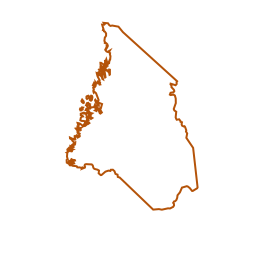 an SVG outline of Maine, rotated 135°
{"feature_id": "USA-3561", "entity_name": "Maine", "entity_type": "State", "adm_level": 1, "iso_a3": "USA", "parent_name": "United States of America", "parent_adm1": "", "projection": "natural_earth1", "projection_center": [-68.954, 45.272], "detail": "fine", "context": "isolated", "style": "outline", "palette": "amber", "viewbox_px": 256, "rotation_deg": 135, "n_neighbors": 0, "source": "natural_earth", "source_scale": "10m", "svg_char_len": 6034}
<svg xmlns="http://www.w3.org/2000/svg" viewBox="0 0 256 256"><g transform="rotate(135 128 128)"><path d="M60.2,126.3L61.2,126.1L62.5,124.7L64.1,124.6L66.5,129.2L67.1,128.8L67.3,127.2L68.4,126.1L68.5,122.6L69.2,121.3L70.5,121.1L73.0,122.8L74.8,122.0L74.6,121.2L72.2,119.4L71.9,117.8L73.4,115.1L76.6,111.8L82.2,109.1L82.8,107.7L82.4,105.4L86.8,101.8L87.4,100.5L87.7,99.4L85.7,98.0L86.0,95.8L86.5,95.2L85.8,93.9L87.4,92.8L88.1,91.4L87.5,89.6L86.8,89.3L86.9,88.4L88.4,85.2L89.5,84.5L90.0,82.3L93.7,79.8L96.0,67.9L120.8,36.8L121.7,36.5L126.7,37.7L127.2,38.2L126.8,41.9L127.1,44.4L127.6,45.3L132.0,47.7L136.7,45.8L140.6,45.4L142.5,43.9L144.7,42.9L146.4,42.9L147.4,43.5L149.0,43.1L149.1,42.0L150.2,40.7L151.8,40.3L155.2,41.4L156.5,42.9L161.8,46.3L163.5,48.8L167.9,52.5L168.9,98.9L169.8,100.6L168.4,102.4L169.3,104.4L168.1,107.0L168.2,109.2L169.7,110.6L170.8,110.1L172.0,111.7L174.8,113.1L180.0,113.5L180.6,114.0L180.8,116.7L178.6,118.4L179.0,120.0L180.7,122.9L180.6,124.4L179.4,126.4L179.4,127.9L183.2,132.1L184.4,132.6L185.6,131.9L185.8,130.9L186.5,130.5L189.1,131.6L188.0,131.9L188.2,132.5L189.3,132.6L189.9,134.2L191.2,135.4L191.7,136.1L191.3,136.8L191.5,137.5L193.7,140.2L193.0,141.9L192.3,142.2L191.1,141.2L190.8,142.2L191.3,142.6L191.0,143.5L190.5,143.6L188.5,142.5L188.3,143.0L189.7,144.6L190.2,146.8L190.4,144.8L191.7,145.3L191.5,145.0L191.9,144.8L191.5,143.9L192.1,143.7L192.9,146.5L193.6,146.0L193.1,143.3L194.6,145.0L195.3,145.1L195.8,146.8L194.0,148.8L192.6,148.8L191.4,150.9L188.4,153.4L188.6,153.9L186.4,153.4L186.6,154.5L185.8,154.5L184.3,153.4L184.8,152.3L184.7,151.6L184.1,151.2L183.2,151.7L183.6,151.9L183.2,152.2L182.0,151.7L182.8,153.4L182.5,154.2L183.0,154.7L181.6,156.0L180.7,153.3L180.0,153.1L180.2,155.0L180.7,155.4L180.1,155.6L178.4,155.4L178.4,154.4L177.5,154.8L177.3,153.9L176.8,154.0L175.5,155.1L176.4,155.4L176.3,158.4L175.2,158.8L174.0,158.7L173.8,157.3L173.3,157.2L171.5,160.0L171.1,159.9L170.3,158.4L170.5,156.0L169.1,158.8L168.7,158.3L169.2,155.7L168.4,156.8L167.7,156.5L167.1,157.8L166.2,158.2L167.1,160.1L166.6,160.9L165.7,160.6L165.3,164.3L164.7,163.7L164.6,162.6L165.3,160.6L164.4,161.3L164.2,163.8L163.3,163.1L163.1,160.0L162.8,160.0L162.4,161.4L161.1,161.3L162.6,162.3L162.9,164.4L162.6,164.9L161.6,164.4L160.1,167.2L159.5,166.3L159.9,165.2L159.1,165.5L158.8,164.8L158.4,160.8L157.1,160.0L156.7,160.9L156.8,161.6L156.0,161.7L155.4,158.9L154.7,161.4L153.6,160.3L153.5,159.1L151.8,158.8L151.7,159.6L153.1,160.6L152.6,161.4L153.0,162.0L150.3,161.4L149.3,163.2L149.4,163.7L148.5,164.0L147.9,163.5L147.8,160.6L146.2,160.3L147.2,163.4L146.7,164.6L146.2,164.7L146.0,162.8L144.6,164.0L143.0,163.7L144.1,165.6L143.7,168.1L144.7,168.6L144.8,169.2L144.5,169.8L144.0,169.5L145.1,170.6L144.1,171.0L141.1,168.5L139.4,168.6L137.8,167.2L137.0,166.9L134.9,167.8L135.4,165.5L135.9,165.2L136.8,165.7L137.1,165.1L136.7,164.3L137.5,163.6L138.9,163.8L138.3,162.3L136.7,163.2L135.7,164.5L135.0,164.1L137.5,158.4L137.3,157.7L135.5,157.5L134.6,160.9L135.3,161.1L134.1,161.9L133.7,161.8L134.0,161.1L133.5,161.0L129.4,163.3L131.0,167.0L130.7,167.7L129.0,168.6L126.0,175.2L126.1,177.3L127.2,177.2L126.8,178.1L125.9,179.1L125.0,179.3L124.2,181.0L123.3,180.7L123.1,181.3L122.6,181.3L122.2,182.2L122.6,183.0L120.2,183.9L120.3,182.8L121.6,180.6L121.0,180.7L118.6,183.4L118.9,181.8L116.7,182.1L117.4,180.6L116.7,180.3L117.4,178.8L116.8,178.4L116.4,179.4L115.6,179.9L115.8,180.9L114.3,181.8L113.0,186.0L111.9,187.9L111.0,185.3L110.7,187.9L110.0,186.5L110.5,184.3L110.1,183.4L111.4,180.8L111.2,180.1L109.5,183.1L109.2,185.9L109.8,187.7L109.2,189.0L109.2,187.3L108.2,187.8L106.7,186.3L107.4,185.3L107.4,184.1L108.2,184.4L107.1,182.8L108.5,179.9L108.0,179.8L103.7,185.7L104.6,186.4L104.1,188.8L104.9,187.5L105.5,187.6L104.6,190.4L103.7,191.1L102.1,181.7L102.3,180.4L103.4,178.7L103.0,178.6L99.6,182.0L100.0,182.7L101.3,182.1L101.7,182.6L103.0,190.9L102.6,192.2L101.4,193.6L101.0,193.2L100.4,190.6L101.0,188.6L100.3,187.4L100.5,186.6L99.7,186.4L98.9,187.0L99.8,188.0L99.6,189.3L98.8,189.9L98.7,189.3L96.2,192.5L98.2,188.2L98.0,187.3L96.6,189.4L95.9,191.4L94.8,191.9L97.3,187.3L95.0,188.2L96.2,186.7L94.0,188.4L92.1,189.1L89.6,191.2L88.7,192.9L87.7,193.6L88.0,195.1L86.1,195.6L88.7,196.3L89.1,197.4L88.8,199.4L87.0,200.0L87.3,199.4L86.6,199.6L85.4,200.8L85.3,199.9L84.2,200.3L83.4,201.8L83.4,203.4L83.6,204.3L84.9,204.0L83.4,205.3L83.1,206.3L80.5,208.3L78.3,208.7L76.6,210.4L76.2,212.5L76.6,213.4L75.7,214.8L76.2,215.1L75.2,215.7L73.2,219.4L71.8,217.9L71.1,217.9L70.8,219.5L68.1,216.2L68.5,213.9L68.2,212.6L66.7,211.6L63.1,206.4L63.8,199.4L60.2,126.3ZM154.0,163.2L154.1,164.0L155.9,166.0L156.2,167.2L154.1,168.6L152.7,168.7L151.7,168.0L151.5,169.0L152.3,170.5L151.3,171.5L148.4,170.1L148.0,169.5L148.6,169.0L147.7,168.4L147.7,167.9L148.8,165.4L149.9,164.8L149.6,164.0L151.6,162.6L153.0,162.5L154.0,163.2ZM139.6,169.7L141.4,170.5L141.9,172.0L140.3,172.6L141.4,173.8L139.5,174.6L138.3,173.9L138.5,173.0L138.1,171.8L139.2,171.8L139.0,170.5L139.6,169.7ZM132.2,176.2L136.5,177.5L136.4,178.4L135.1,179.6L134.4,179.5L133.3,178.9L133.6,178.2L133.3,177.6L131.9,177.0L132.2,176.2ZM135.2,174.7L133.5,175.9L132.2,175.3L131.0,176.5L130.8,176.0L131.3,175.0L133.7,173.4L134.9,173.5L135.2,174.7ZM149.2,174.1L148.7,175.3L147.8,175.6L147.0,174.6L145.9,175.1L145.3,174.2L146.3,174.0L146.9,173.2L147.6,173.6L148.3,173.3L149.2,174.1ZM142.0,177.3L142.2,179.0L141.9,180.0L140.3,180.5L140.5,178.2L141.3,177.1L142.0,177.3ZM132.8,164.5L133.6,165.9L132.1,167.6L131.7,167.0L131.9,165.6L132.8,164.5ZM106.7,182.8L105.7,186.3L105.2,186.9L104.7,185.6L104.9,184.8L106.4,182.3L106.7,182.8ZM145.6,165.2L146.3,167.4L146.0,167.8L144.5,167.1L145.1,165.1L145.6,165.2ZM176.4,161.6L175.8,162.3L174.8,159.4L175.9,159.4L176.4,161.6ZM131.6,171.0L131.1,171.1L131.4,169.2L130.8,168.8L132.2,167.9L132.7,168.4L131.6,171.0ZM106.9,189.8L106.0,188.2L106.6,187.1L107.4,187.8L107.3,189.8L106.9,189.8ZM193.5,142.1L193.8,140.9L195.5,142.8L195.4,143.3L194.6,143.3L193.5,142.1ZM185.1,154.8L186.2,155.2L186.0,155.7L184.5,155.7L185.1,154.8Z" fill="none" stroke="#b45309" stroke-width="2"/></g></svg>